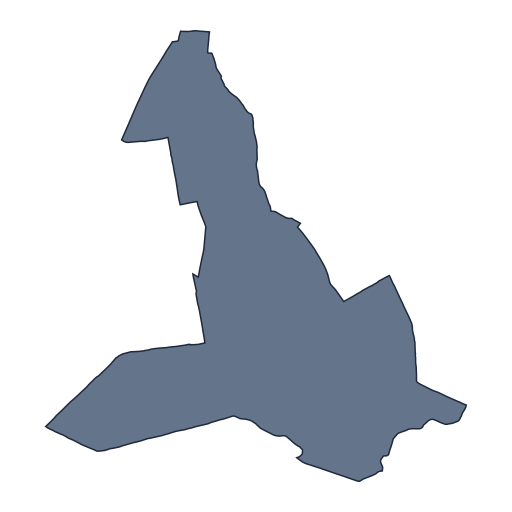 Bang Kapi, Bangkok Metropolis, Thailand
{"feature_id": "78962969B79450703987233", "entity_name": "Bang Kapi", "entity_type": "district", "adm_level": 2, "iso_a3": "THA", "parent_name": "Thailand", "parent_adm1": "Bangkok Metropolis", "projection": "orthographic", "projection_center": [100.64, 13.779], "detail": "fine", "context": "isolated", "style": "filled", "palette": "slate", "viewbox_px": 512, "rotation_deg": 0, "n_neighbors": 0, "source": "geoboundaries", "source_scale": "gbopen_adm2", "svg_char_len": 6027}
<svg xmlns="http://www.w3.org/2000/svg" viewBox="0 0 512 512"><path d="M389.3,275.6L387.5,276.4L378.6,281.2L377.9,281.8L377.8,282.2L370.8,286.2L370.4,286.2L367.2,288.0L366.5,288.3L362.1,290.7L361.5,291.4L356.8,294.0L352.6,296.6L343.7,301.5L339.9,296.0L335.3,289.5L332.2,286.2L330.8,284.6L330.3,283.7L329.8,282.7L329.3,280.8L327.9,275.1L327.1,272.8L325.8,269.4L325.1,267.8L323.5,264.6L319.9,258.2L315.9,251.6L313.5,247.7L305.9,237.3L302.3,232.7L299.5,229.4L297.5,227.2L300.4,223.3L299.9,223.0L298.8,222.5L296.8,221.3L293.8,219.8L292.2,218.4L289.3,218.4L287.4,218.1L284.3,216.9L283.8,216.5L280.6,214.8L277.0,212.6L275.2,211.6L274.0,211.4L270.9,211.2L270.5,208.0L270.2,206.4L268.6,203.1L267.7,200.2L266.6,197.2L266.3,195.8L264.8,191.5L263.7,189.7L262.2,187.8L260.8,186.8L260.4,186.3L259.3,184.2L258.8,181.8L257.5,170.9L256.9,169.2L256.5,167.2L256.3,165.6L256.3,164.5L256.5,162.2L257.2,159.5L257.2,158.7L257.0,155.6L257.1,154.9L256.9,149.8L257.0,148.8L257.0,147.8L257.1,146.4L256.4,141.6L255.1,136.0L254.2,132.9L253.3,126.8L253.3,122.0L253.0,120.2L252.9,118.4L252.5,116.7L252.2,115.8L251.9,115.0L251.3,114.2L251.0,113.9L250.5,113.8L249.9,113.5L249.1,113.2L248.2,112.6L248.1,112.4L247.5,112.0L247.2,111.7L246.8,111.1L246.6,111.0L246.5,110.7L245.7,109.5L244.9,108.6L244.5,107.8L243.9,106.9L243.3,105.5L241.7,103.6L239.0,99.9L238.5,99.5L237.6,98.3L236.0,96.9L234.6,96.0L231.5,93.7L230.3,92.7L229.5,91.9L228.9,91.2L228.6,91.0L228.2,90.1L226.3,87.9L225.3,87.0L224.4,85.8L223.9,83.7L223.4,83.0L222.5,81.1L221.9,79.9L221.6,79.4L221.0,78.2L221.0,77.9L221.0,77.4L221.1,76.9L221.4,76.4L221.4,76.1L220.2,74.4L219.5,73.1L217.8,70.6L216.7,68.8L216.1,67.2L215.8,66.0L215.8,65.3L215.3,63.2L214.4,60.3L214.1,59.0L213.5,57.5L212.9,56.1L212.1,53.7L211.7,53.3L211.3,53.1L208.1,53.1L207.9,53.0L207.7,52.5L207.7,50.1L208.6,40.5L208.8,37.7L209.1,34.4L209.5,31.9L203.4,31.4L201.1,31.3L195.5,30.7L194.6,30.9L192.7,30.9L191.2,31.2L188.9,31.5L182.6,31.4L181.2,31.4L181.1,31.2L180.6,31.2L180.0,33.1L179.0,37.1L178.4,40.0L178.1,40.9L178.0,41.0L173.6,41.7L172.6,41.9L172.4,41.8L165.9,51.9L162.8,57.2L150.8,76.1L149.0,79.2L145.3,86.6L136.8,104.9L133.5,112.5L131.2,117.9L130.4,119.7L128.8,123.5L121.6,139.9L123.5,141.2L124.4,141.6L126.0,142.2L128.0,142.4L141.2,141.3L145.5,141.4L147.0,140.9L159.7,139.3L163.5,138.5L167.9,137.4L168.0,137.6L170.8,153.1L170.8,154.7L172.0,158.7L172.2,161.6L173.3,165.5L173.4,166.8L174.5,173.1L175.8,179.3L176.1,181.3L177.2,188.3L177.9,193.5L178.5,196.9L179.5,201.9L180.2,204.8L190.0,202.8L197.1,201.5L197.9,205.1L198.7,207.7L201.4,215.4L204.4,222.7L205.6,226.1L205.8,227.0L203.9,248.4L203.4,251.7L202.2,257.0L199.8,268.7L199.0,273.3L198.2,277.1L192.9,274.0L193.3,276.8L195.7,287.7L196.5,291.4L196.0,293.5L196.1,294.5L197.7,303.7L198.5,306.5L199.4,310.6L201.9,324.3L202.5,327.9L202.8,330.2L204.0,336.9L204.9,343.0L204.1,343.1L198.2,344.4L193.5,344.7L190.1,344.7L189.9,344.7L189.8,344.3L189.7,344.3L187.0,344.6L186.8,344.7L186.7,344.9L179.0,346.0L177.5,346.3L168.7,347.2L166.3,347.6L164.3,347.8L159.2,348.1L153.4,348.8L150.4,349.3L149.3,349.8L144.5,350.6L144.2,350.8L142.1,351.0L140.2,351.3L135.6,351.6L130.8,351.8L123.3,353.8L122.9,353.8L122.5,354.0L122.3,354.2L118.6,356.0L117.2,357.3L116.0,357.8L114.8,359.3L112.5,361.9L110.8,364.0L105.4,369.4L102.1,372.4L98.9,375.6L98.5,375.9L96.5,377.1L94.2,379.2L92.0,381.5L90.1,383.2L86.3,387.4L75.3,397.7L70.3,402.0L62.3,410.0L56.3,415.6L53.9,418.4L50.5,421.9L45.7,426.5L46.9,427.3L47.1,427.6L49.4,428.8L52.3,430.1L55.5,431.8L60.5,434.0L62.4,434.7L64.8,435.9L68.5,438.2L73.2,440.1L80.1,443.7L80.6,444.1L82.8,445.1L88.8,447.6L91.9,448.9L94.2,449.8L96.0,450.7L97.0,451.1L98.4,451.1L100.1,451.0L104.6,450.5L106.2,450.0L110.1,448.7L112.9,448.3L118.7,447.1L120.7,446.5L121.8,446.0L133.6,442.6L136.5,442.0L141.3,440.7L147.7,438.6L150.4,438.2L153.2,437.5L161.5,435.7L167.8,433.8L168.9,433.6L170.4,433.0L176.3,431.2L185.2,429.6L189.2,428.4L192.1,427.8L194.3,427.0L196.7,426.4L207.9,423.8L211.0,422.5L218.8,420.2L219.5,419.9L223.6,419.0L224.5,418.7L233.0,416.0L233.6,416.0L236.1,416.7L239.8,418.5L240.5,418.7L245.9,419.2L249.1,420.0L250.6,420.5L252.3,421.4L255.6,423.6L260.5,428.3L266.5,431.4L271.3,433.8L272.9,434.7L275.4,435.6L278.7,436.1L279.3,436.1L281.7,435.9L282.5,435.7L284.0,435.7L285.5,436.0L286.3,436.4L287.2,437.1L294.8,443.8L298.6,446.4L299.8,446.7L300.0,447.2L301.6,448.9L302.5,449.7L302.4,453.3L302.2,453.8L301.8,454.4L300.7,455.6L299.7,456.5L298.7,457.0L297.4,457.4L296.7,457.7L301.6,461.4L302.8,462.2L305.6,463.5L317.3,467.3L319.8,468.0L321.2,468.6L357.6,481.1L359.4,481.3L360.3,480.9L362.9,479.2L373.1,475.1L374.2,474.6L375.9,473.7L377.4,472.4L378.6,471.7L379.9,471.2L382.3,471.0L382.7,467.6L382.4,466.4L381.5,464.3L380.9,463.3L380.7,462.5L380.6,461.8L380.6,460.7L380.7,460.0L382.8,456.8L383.3,456.2L384.1,455.9L386.7,455.8L387.2,455.6L387.9,455.2L388.6,454.5L389.8,450.0L390.7,447.6L391.9,443.8L393.2,439.0L394.5,437.3L395.3,436.5L396.7,434.7L398.0,433.5L398.4,433.1L403.8,431.2L405.9,430.5L406.9,430.1L408.3,429.3L410.3,428.9L412.5,428.7L417.8,428.8L419.4,428.8L419.9,428.7L421.1,428.2L421.8,427.8L422.8,426.7L423.6,425.0L428.2,420.9L429.5,420.1L430.5,419.5L431.4,419.4L432.4,419.3L433.6,419.5L435.6,420.3L440.7,422.6L444.5,424.0L445.4,424.3L447.8,424.2L449.4,423.7L450.4,423.7L453.1,423.1L454.6,422.4L456.2,421.9L458.1,421.1L458.8,420.5L459.5,419.6L461.5,415.7L461.8,414.5L462.5,412.9L465.0,408.9L465.7,407.3L466.3,405.0L463.8,404.1L462.0,403.3L459.4,402.0L458.2,401.6L446.2,396.3L445.3,395.8L438.8,392.7L437.1,392.0L433.9,390.9L431.6,389.9L423.9,386.0L420.0,384.1L417.5,382.5L416.8,381.7L416.5,381.2L416.5,380.9L416.5,375.8L416.2,367.0L415.9,365.0L415.6,362.2L415.6,360.4L415.6,357.7L415.4,356.3L415.3,355.5L415.5,353.8L415.3,352.9L415.2,351.9L414.9,342.5L414.7,341.2L414.4,340.8L414.4,340.6L414.3,339.9L414.4,339.7L414.4,338.6L414.2,338.2L413.8,335.8L413.3,334.3L412.5,330.4L412.3,326.3L411.9,324.2L411.0,321.8L409.0,317.1L403.7,306.1L402.4,303.0L399.8,297.7L395.4,288.2L394.3,285.7L392.9,283.4L390.1,277.0L389.3,275.6Z" fill="#64748b" stroke="#1e293b" stroke-width="1.5"/></svg>